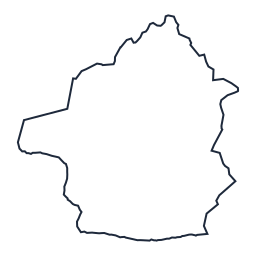 Bokkos, Plateau, Nigeria
{"feature_id": "59680162B1032840889978", "entity_name": "Bokkos", "entity_type": "district", "adm_level": 2, "iso_a3": "NGA", "parent_name": "Nigeria", "parent_adm1": "Plateau", "projection": "robinson", "projection_center": [8.917, 9.236], "detail": "fine", "context": "isolated", "style": "outline", "palette": "slate", "viewbox_px": 256, "rotation_deg": 0, "n_neighbors": 0, "source": "geoboundaries", "source_scale": "gbopen_adm2", "svg_char_len": 2123}
<svg xmlns="http://www.w3.org/2000/svg" viewBox="0 0 256 256"><path d="M17.9,142.3L19.5,148.6L20.4,149.5L22.2,151.4L24.8,151.3L26.6,153.1L28.4,153.1L31.0,153.9L32.7,152.8L35.2,152.8L40.4,152.4L42.2,153.3L46.6,154.1L51.8,155.8L54.5,156.4L57.6,157.1L58.8,157.4L61.5,160.3L64.2,163.1L66.0,164.0L66.2,164.8L67.2,168.0L67.2,171.8L67.3,174.7L67.1,178.7L65.9,182.7L64.3,186.7L64.4,187.7L64.5,190.5L63.8,194.6L65.4,196.3L65.6,196.5L67.6,198.4L67.7,199.7L70.1,201.2L71.9,203.1L72.8,204.0L74.6,204.9L78.1,205.7L78.9,207.6L79.8,209.7L81.5,212.0L80.2,214.5L79.4,216.5L78.6,218.5L77.0,221.6L77.1,224.5L77.2,226.5L79.0,229.3L80.9,232.2L84.4,231.6L87.0,232.9L92.2,232.6L92.7,232.7L99.1,233.3L101.7,233.1L104.3,233.0L109.6,234.7L111.3,234.6L115.6,235.4L120.1,237.3L121.4,237.1L124.4,236.9L125.8,237.6L130.0,238.5L130.4,238.6L134.0,239.4L134.8,239.6L137.5,240.2L140.1,240.1L146.0,240.4L149.6,240.6L151.3,239.5L153.9,240.3L155.3,240.3L156.6,240.6L157.9,240.1L160.0,240.0L161.5,239.9L164.2,239.3L166.8,238.7L168.2,238.7L169.4,238.6L171.0,237.9L172.0,237.5L173.5,237.6L175.5,237.7L177.1,237.2L178.9,237.1L180.6,237.0L182.3,236.0L184.0,235.9L189.2,234.6L191.8,234.5L193.8,235.0L195.3,235.3L195.9,235.6L197.1,234.9L207.4,233.9L203.9,225.9L206.6,213.6L217.9,204.3L216.3,200.7L219.3,195.3L235.4,181.2L229.3,174.4L228.5,168.3L225.0,165.9L223.2,163.5L219.7,152.9L211.6,150.7L214.0,145.0L222.3,129.5L221.6,128.5L221.5,126.3L221.4,126.1L223.5,114.8L221.1,107.7L220.3,104.1L221.3,100.1L227.6,95.2L234.5,92.7L237.9,91.2L238.1,90.2L237.9,87.9L236.0,86.4L231.3,83.1L223.3,78.9L213.1,80.2L213.5,69.5L208.4,66.5L206.1,61.6L204.2,54.6L199.3,55.8L190.4,44.9L191.2,43.0L189.6,39.7L189.4,38.5L179.2,34.1L177.4,28.0L178.4,24.9L176.2,22.2L173.9,16.6L168.2,15.4L165.7,16.3L164.5,22.3L161.3,25.4L160.5,25.8L157.1,25.5L153.1,22.9L150.0,24.1L147.6,29.2L145.9,31.5L142.4,32.7L140.3,37.4L137.1,41.0L135.5,42.5L134.1,42.6L133.6,42.7L131.3,38.5L126.7,40.0L120.7,47.4L120.4,47.3L115.0,57.1L114.9,61.1L113.6,64.2L102.7,65.1L101.6,64.3L97.0,63.6L86.1,69.2L81.6,71.1L75.9,78.8L73.1,78.4L67.3,108.8L24.0,120.1L17.9,142.3Z" fill="none" stroke="#1e293b" stroke-width="2"/></svg>